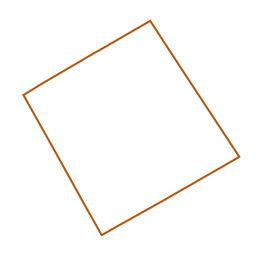 outline of Randolph, North Carolina, United States of America, rotated 238°
{"feature_id": "52423323B72128668432216", "entity_name": "Randolph", "entity_type": "district", "adm_level": 2, "iso_a3": "USA", "parent_name": "United States of America", "parent_adm1": "North Carolina", "projection": "robinson", "projection_center": [-79.833, 35.713], "detail": "fine", "context": "isolated", "style": "outline", "palette": "amber", "viewbox_px": 256, "rotation_deg": 238, "n_neighbors": 0, "source": "geoboundaries", "source_scale": "gbopen_adm2", "svg_char_len": 471}
<svg xmlns="http://www.w3.org/2000/svg" viewBox="0 0 256 256"><g transform="rotate(238 128 128)"><path d="M51.1,48.9L50.5,62.9L50.5,63.4L49.0,94.3L48.4,106.2L48.4,106.7L48.2,111.2L48.1,111.7L45.4,183.8L45.3,184.8L44.6,207.1L139.6,204.9L153.5,204.6L207.1,203.6L209.2,143.3L209.4,140.4L211.2,78.4L211.3,61.7L211.3,60.5L211.4,56.8L193.5,55.9L193.4,55.9L157.0,54.2L141.1,53.4L78.3,50.1L77.3,50.1L74.8,50.0L51.1,48.9Z" fill="none" stroke="#b45309" stroke-width="2"/></g></svg>